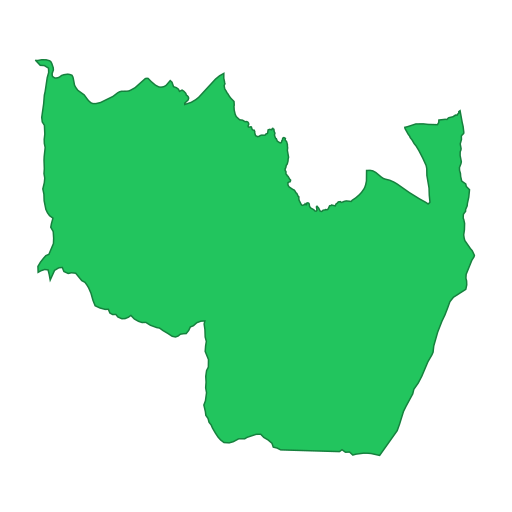 Hleoheng, Leribe, Lesotho, rotated 358°
{"feature_id": "5366337B95493361127464", "entity_name": "Hleoheng", "entity_type": "district", "adm_level": 2, "iso_a3": "LSO", "parent_name": "Lesotho", "parent_adm1": "Leribe", "projection": "natural_earth1", "projection_center": [27.92, -28.954], "detail": "fine", "context": "isolated", "style": "filled", "palette": "green", "viewbox_px": 512, "rotation_deg": 358, "n_neighbors": 0, "source": "geoboundaries", "source_scale": "gbopen_adm2", "svg_char_len": 5990}
<svg xmlns="http://www.w3.org/2000/svg" viewBox="0 0 512 512"><g transform="rotate(358 256 256)"><path d="M474.3,263.0L472.4,258.5L471.4,257.1L470.8,256.5L465.2,247.8L464.6,245.0L464.3,242.1L465.2,237.1L465.6,230.7L464.9,226.8L464.4,225.4L464.6,222.4L464.9,221.2L467.0,218.7L467.1,216.8L468.8,213.2L469.1,210.8L470.7,204.6L471.7,197.2L468.6,193.9L468.1,191.3L464.2,188.3L463.3,183.7L463.2,180.7L462.4,177.5L462.4,174.7L464.0,171.0L464.5,169.0L463.5,162.6L463.7,159.0L464.5,157.1L464.7,155.8L464.0,151.1L465.4,146.7L465.4,143.6L465.7,142.8L467.8,140.8L468.0,139.7L467.5,133.8L466.7,129.6L465.0,117.9L463.7,118.8L463.7,120.2L462.1,121.6L462.0,122.2L460.7,122.3L460.1,122.1L459.4,122.9L458.9,122.9L457.8,123.7L453.6,124.5L452.8,125.0L451.7,126.2L449.9,126.0L443.5,126.5L443.3,128.9L441.9,131.1L432.6,130.5L427.9,129.8L420.4,129.6L411.8,132.1L409.2,132.6L409.4,133.9L412.4,139.7L413.8,141.7L414.2,143.0L416.1,145.6L418.0,149.2L419.9,151.7L422.5,156.4L426.1,164.0L429.2,171.5L429.7,174.6L429.6,181.5L431.3,194.1L431.3,201.3L431.7,207.8L431.6,208.6L429.8,210.0L427.5,208.3L421.5,204.7L411.5,198.0L399.6,189.0L396.3,186.9L392.4,185.0L387.9,183.7L386.1,183.0L384.1,181.6L378.6,176.7L375.7,175.0L373.0,174.4L369.5,174.4L369.0,184.9L368.1,188.6L367.1,191.2L366.2,192.8L363.7,196.1L361.3,198.5L357.7,201.4L354.0,203.7L353.1,204.8L348.1,204.1L346.0,204.5L343.7,205.4L342.9,205.4L342.2,204.6L340.1,204.8L339.2,205.9L337.8,206.8L336.9,208.7L333.3,207.7L332.9,208.2L331.5,208.3L331.2,208.6L329.8,211.4L329.1,212.0L328.6,212.3L327.2,212.0L327.0,212.3L324.6,212.6L323.9,213.4L323.0,213.8L321.6,213.3L320.3,210.3L318.7,208.4L318.1,209.0L318.5,212.5L318.2,212.9L317.6,213.3L317.1,213.2L316.4,213.0L315.4,211.8L312.3,209.9L311.2,208.2L311.0,205.9L310.5,205.1L309.8,204.7L308.9,204.7L308.5,205.1L308.3,206.5L307.8,206.6L306.9,205.5L306.5,206.2L305.1,206.8L304.3,207.0L303.6,206.8L303.0,206.1L301.0,201.8L300.8,200.0L300.9,198.4L300.1,197.6L299.0,194.9L297.9,194.0L297.8,193.5L297.0,192.1L296.2,191.2L295.2,190.8L291.6,188.2L290.9,187.2L290.4,186.0L290.5,183.8L292.0,183.0L292.5,183.1L293.1,182.1L293.2,181.3L292.4,180.5L290.8,177.5L290.0,176.9L289.6,175.9L289.0,175.3L288.7,174.4L288.9,173.4L288.8,172.4L288.1,171.7L288.2,169.7L288.8,169.0L289.4,166.5L290.4,165.2L291.3,162.2L291.5,160.2L292.0,158.4L291.0,151.4L291.4,149.1L291.2,147.0L291.3,146.0L290.6,142.9L290.1,142.1L289.4,141.6L289.2,140.8L289.5,139.5L288.0,138.6L287.3,138.8L286.8,139.4L286.5,140.3L286.5,141.3L285.9,141.6L285.4,143.2L284.8,143.8L284.2,143.8L283.2,143.3L281.3,142.0L280.4,139.5L279.8,139.3L278.9,136.9L278.7,135.6L279.2,133.9L278.5,132.2L278.3,130.0L277.4,129.4L277.2,129.0L276.7,129.2L276.4,130.1L276.0,130.4L274.0,129.9L272.5,130.4L272.0,133.1L271.7,133.9L270.2,134.4L269.8,135.0L269.0,135.6L265.7,135.4L264.3,135.8L263.4,136.5L261.6,136.8L261.0,136.3L260.4,136.2L259.6,135.2L259.0,132.7L259.1,131.6L258.6,130.3L258.2,130.4L256.8,129.6L256.3,128.6L255.9,126.9L255.4,126.7L253.6,127.0L252.9,126.8L252.6,125.8L253.4,124.0L253.1,122.8L252.5,121.9L251.4,121.3L249.8,121.4L247.3,119.8L244.4,119.3L241.1,116.0L240.1,113.5L239.3,109.4L239.2,105.8L239.5,104.4L239.4,100.8L236.4,97.5L234.9,95.4L233.7,93.2L232.4,91.4L232.2,90.6L230.6,88.0L230.1,84.6L231.0,82.7L230.7,82.0L230.6,80.6L230.0,77.3L230.2,72.4L225.9,74.6L221.7,77.8L204.3,95.4L201.2,97.7L196.6,100.2L190.1,102.1L190.1,100.8L193.6,97.7L194.2,95.9L193.9,94.7L193.0,93.5L192.0,92.8L191.5,91.0L189.7,88.9L187.9,87.6L185.3,88.8L184.3,86.6L182.3,85.0L179.5,83.9L178.1,79.4L176.4,77.7L172.2,82.3L170.2,83.4L168.0,83.9L166.1,83.9L164.7,83.6L161.5,81.8L157.3,78.0L154.4,74.8L153.3,74.6L151.6,74.8L141.0,83.6L136.5,85.9L134.7,86.6L132.9,86.8L127.2,86.7L125.2,87.2L123.3,88.2L118.7,91.5L106.0,97.2L101.4,98.1L98.4,98.0L96.6,97.3L94.8,95.7L93.3,94.0L89.9,89.0L83.6,84.1L81.7,81.2L80.6,79.0L79.5,71.8L79.1,70.4L78.3,68.9L76.2,68.1L74.2,67.7L70.4,68.1L68.0,68.8L65.9,70.3L64.3,70.9L62.2,71.2L61.0,71.0L59.3,69.8L58.7,68.9L58.6,66.6L60.0,63.0L59.9,60.7L58.6,56.4L57.7,54.6L56.6,53.7L53.1,52.6L48.7,52.4L44.7,53.0L43.1,52.9L42.3,52.5L47.0,57.9L51.1,58.3L55.2,61.0L55.2,65.4L53.6,70.4L51.0,84.4L50.1,87.8L49.1,96.5L46.7,110.0L47.1,114.6L49.1,118.0L49.2,126.8L48.4,132.1L48.4,136.2L49.1,140.2L47.8,149.2L47.5,152.8L47.5,161.4L47.0,166.3L47.6,170.8L47.0,175.4L45.3,181.5L46.2,186.8L46.2,193.4L47.6,202.0L49.1,205.5L51.1,208.5L54.4,211.1L52.7,216.5L51.9,220.1L54.2,224.5L54.4,231.2L54.0,236.5L49.1,247.1L46.0,248.3L43.6,250.8L40.4,254.6L37.7,258.8L37.7,264.7L40.4,263.3L44.3,262.1L47.7,262.6L48.7,267.3L49.5,272.8L54.2,263.3L58.5,260.9L62.0,260.7L63.5,264.8L67.7,266.9L71.0,266.3L75.2,266.9L81.0,274.5L84.1,276.3L85.9,278.9L87.6,281.9L89.8,287.5L91.5,294.5L93.5,300.1L98.2,302.5L103.4,304.1L106.6,304.1L108.0,307.9L110.7,309.5L113.9,309.5L115.8,312.1L119.7,314.0L123.0,314.0L126.4,312.7L128.9,311.0L132.2,314.7L136.3,317.2L139.8,318.5L143.6,318.5L148.0,321.5L154.4,324.1L157.0,324.6L160.5,327.3L165.2,330.3L169.4,333.3L172.7,334.1L175.3,333.3L177.7,331.5L181.0,331.1L183.5,331.1L186.1,328.1L187.9,324.6L191.0,323.5L194.5,320.6L198.7,319.2L202.6,319.1L201.8,322.2L202.4,327.7L202.4,335.2L203.4,339.6L202.5,344.1L201.9,349.6L204.9,357.8L204.5,365.4L202.6,368.8L201.6,374.5L201.7,380.4L201.1,385.9L201.8,390.9L200.4,399.0L198.7,403.1L200.0,409.9L200.3,413.5L202.4,416.7L203.3,420.6L205.2,423.1L206.6,426.6L209.4,431.8L211.8,435.7L214.3,438.7L217.5,441.3L222.7,441.8L226.8,440.8L232.3,438.1L238.3,438.3L240.8,436.9L250.0,434.2L254.5,434.3L257.5,437.6L261.6,440.2L265.4,443.7L266.6,447.6L270.2,448.6L273.9,450.6L332.6,454.4L335.2,452.6L338.5,455.2L342.7,455.2L345.8,458.3L349.1,457.5L356.6,456.8L360.8,457.0L364.1,457.4L372.6,459.6L391.0,435.5L393.6,429.0L398.0,416.4L400.7,411.4L407.8,399.3L409.1,394.7L413.7,388.6L417.5,381.9L424.1,367.7L428.3,361.0L429.6,358.3L430.5,352.1L434.9,338.4L439.6,327.5L442.7,321.6L445.5,315.1L448.2,308.4L451.9,304.1L464.5,296.6L465.6,292.2L465.6,288.3L465.0,285.5L465.4,281.6L471.6,267.7L473.8,264.5L474.3,263.0Z" fill="#22c55e" stroke="#15803d" stroke-width="1.5"/></g></svg>